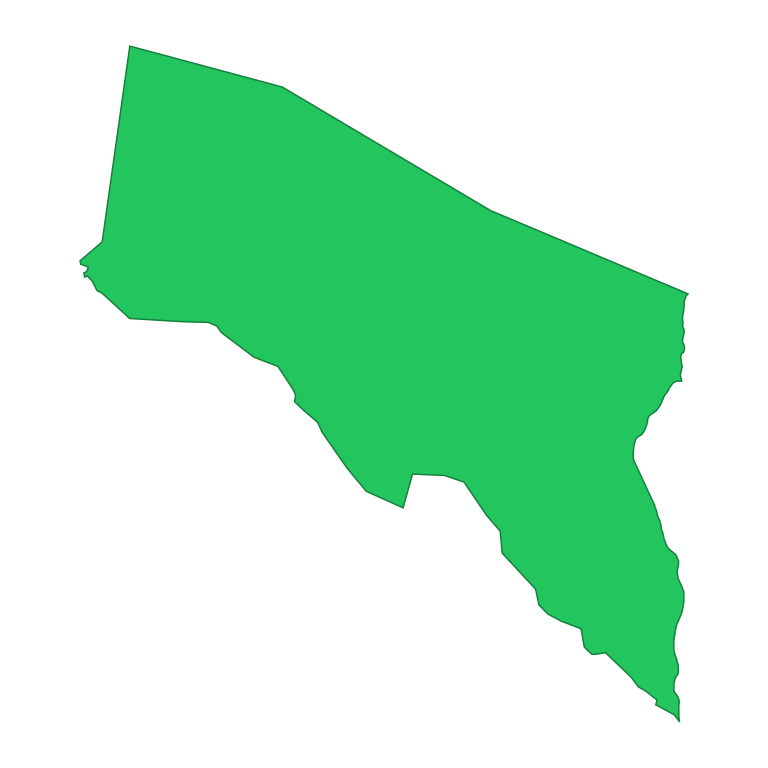 North Waghi District, Western Highlands, Papua New Guinea
{"feature_id": "67681753B53127057906438", "entity_name": "North Waghi District", "entity_type": "district", "adm_level": 2, "iso_a3": "PNG", "parent_name": "Papua New Guinea", "parent_adm1": "Western Highlands", "projection": "equal_earth", "projection_center": [144.746, -5.814], "detail": "fine", "context": "isolated", "style": "filled", "palette": "green", "viewbox_px": 768, "rotation_deg": 0, "n_neighbors": 0, "source": "geoboundaries", "source_scale": "gbopen_adm2", "svg_char_len": 1884}
<svg xmlns="http://www.w3.org/2000/svg" viewBox="0 0 768 768"><path d="M679.6,721.9L678.9,717.7L678.8,704.6L679.2,704.0L679.1,701.2L678.7,698.9L677.4,696.1L674.4,692.2L674.0,691.1L673.9,683.7L675.5,677.4L678.0,673.9L678.4,671.6L678.3,666.5L677.9,663.6L677.0,662.0L677.0,660.2L674.8,654.0L673.9,650.1L673.8,640.4L676.2,626.1L681.5,613.5L682.7,608.9L683.9,601.5L683.8,592.4L683.3,590.1L682.5,589.0L682.5,587.8L679.0,580.5L677.7,576.5L677.2,570.9L678.4,565.7L678.6,561.1L675.9,554.8L669.4,549.4L667.2,546.6L664.2,539.3L662.4,531.3L661.5,530.2L661.1,525.6L659.7,520.5L657.6,516.0L656.2,509.8L655.0,507.6L654.9,505.8L634.2,461.3L633.3,458.5L633.2,453.3L634.0,445.4L635.6,439.6L637.3,437.3L641.9,434.4L645.2,429.2L646.8,424.6L647.6,421.2L647.6,419.5L648.4,417.1L649.7,415.4L656.4,410.7L660.5,404.9L664.6,395.2L668.0,391.1L669.6,387.7L672.5,383.6L673.8,382.5L676.3,381.3L680.0,381.2L681.4,381.2L681.8,381.7L680.3,375.0L682.2,366.7L681.2,361.0L680.7,356.4L681.7,353.6L683.6,352.1L684.5,349.1L684.3,345.7L682.5,341.9L683.0,337.4L683.6,335.1L684.0,333.1L684.1,329.9L682.5,325.7L683.0,323.5L682.7,320.8L682.6,315.8L683.5,312.1L684.2,305.0L684.1,301.9L685.9,296.1L688.0,293.9L602.1,257.6L490.6,210.6L282.4,87.1L129.8,46.1L102.2,241.8L80.0,260.9L80.7,264.2L88.3,267.2L86.7,271.6L83.9,272.9L84.6,277.1L85.7,276.7L87.4,276.0L92.3,281.3L97.0,290.6L101.9,293.0L129.7,318.5L146.6,319.5L182.7,321.7L208.4,322.4L216.9,326.1L221.5,332.7L254.1,357.3L277.9,366.4L293.0,389.3L295.6,395.2L294.6,401.7L302.7,409.5L317.6,422.3L322.2,432.4L346.9,467.9L366.3,491.4L403.1,507.8L412.5,474.1L444.4,475.4L464.0,482.1L486.6,515.4L500.2,531.2L502.2,553.2L535.6,589.1L538.9,604.8L547.8,614.0L561.4,621.3L581.0,628.7L584.3,647.1L591.9,654.4L596.6,654.1L605.5,652.7L631.0,677.1L638.5,687.0L645.4,690.9L650.4,694.8L657.0,700.0L655.8,704.8L674.2,714.7L679.6,721.9Z" fill="#22c55e" stroke="#15803d" stroke-width="1.5"/></svg>